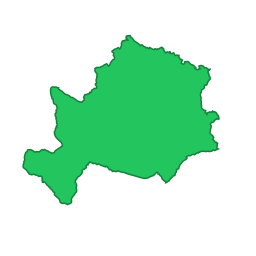 Kengtung, Shan, Myanmar, rotated 15°
{"feature_id": "60261553B37663404803056", "entity_name": "Kengtung", "entity_type": "district", "adm_level": 2, "iso_a3": "MMR", "parent_name": "Myanmar", "parent_adm1": "Shan", "projection": "orthographic", "projection_center": [99.278, 21.371], "detail": "fine", "context": "isolated", "style": "filled", "palette": "green", "viewbox_px": 256, "rotation_deg": 15, "n_neighbors": 0, "source": "geoboundaries", "source_scale": "gbopen_adm2", "svg_char_len": 5739}
<svg xmlns="http://www.w3.org/2000/svg" viewBox="0 0 256 256"><g transform="rotate(15 128 128)"><path d="M37.2,193.4L41.0,194.9L42.6,196.6L43.1,196.7L44.6,198.1L47.2,198.1L48.9,197.0L50.8,197.4L51.9,197.1L54.5,197.8L56.7,196.9L57.6,197.6L58.2,199.3L58.6,199.4L58.4,200.6L59.2,201.8L59.2,202.2L59.6,202.6L60.4,202.5L60.5,201.7L61.8,201.8L64.7,204.2L65.7,204.5L66.8,205.4L67.9,205.3L68.2,206.4L69.0,206.8L69.9,206.9L72.4,209.1L73.4,209.2L73.9,209.5L74.0,211.1L74.4,211.7L79.4,214.2L80.4,215.0L82.0,217.6L84.7,217.8L85.6,217.1L86.4,217.0L89.5,217.6L91.7,215.9L92.6,214.7L92.5,213.4L91.7,211.5L92.1,209.4L93.6,205.9L94.0,204.1L94.8,203.1L94.3,200.5L93.3,199.5L93.3,196.5L92.2,195.3L92.0,194.7L91.1,194.3L90.8,192.3L91.8,189.8L91.9,188.7L93.9,186.6L95.3,183.6L95.4,182.7L94.6,180.7L95.7,179.5L96.4,179.2L96.6,178.5L97.2,178.3L97.9,177.3L98.0,176.8L97.4,175.3L98.0,174.3L98.4,174.0L98.9,174.0L98.8,172.1L100.0,171.6L100.1,170.7L101.3,170.6L103.2,171.5L105.3,170.7L107.6,171.4L108.7,170.3L111.3,171.0L116.1,171.4L116.7,171.1L116.7,170.6L117.1,170.6L119.7,172.0L120.5,173.0L121.1,173.1L121.7,172.7L122.9,173.1L123.6,173.4L124.1,174.0L126.1,173.1L127.4,173.3L128.2,173.1L129.2,172.0L132.1,172.3L133.0,172.0L133.9,172.4L134.7,172.0L135.9,172.0L140.1,172.4L156.0,172.6L157.1,172.4L160.3,171.0L162.2,169.1L164.5,167.6L165.4,166.7L166.9,163.6L167.4,163.3L168.3,163.3L168.8,164.7L169.5,164.4L170.2,164.7L171.2,165.7L172.6,166.1L174.3,168.5L175.2,168.8L175.9,169.4L178.0,170.0L178.5,170.3L178.7,171.1L179.6,170.4L180.1,169.5L181.2,168.6L182.3,165.6L182.8,165.1L183.2,164.1L183.7,163.8L184.0,163.0L183.9,162.6L185.5,161.8L185.6,158.8L186.0,158.0L185.7,155.6L187.5,154.2L187.4,152.7L187.8,150.1L188.8,147.8L189.9,145.6L190.9,144.4L191.7,143.9L192.7,142.4L192.8,141.7L191.8,141.3L192.0,140.3L193.4,139.2L195.2,138.7L197.0,136.8L199.2,136.6L201.0,134.3L202.3,134.0L202.8,132.9L203.6,132.8L203.8,132.3L204.3,131.9L207.3,130.8L209.3,130.7L211.2,129.7L212.6,129.8L215.1,128.5L215.5,127.6L216.2,127.2L217.2,127.4L218.1,127.0L218.6,126.2L219.3,125.9L220.6,124.9L219.6,124.7L218.8,124.0L218.7,123.3L218.9,122.5L218.5,121.0L218.0,120.1L218.5,119.8L218.5,119.6L217.8,119.5L217.1,118.9L216.6,119.3L215.8,119.1L215.2,118.2L214.7,118.1L213.1,117.2L213.0,116.4L213.2,114.8L211.3,113.3L209.0,112.3L208.1,110.8L208.3,108.9L207.9,107.4L208.1,106.6L208.1,105.1L207.9,104.4L206.9,103.6L206.6,102.6L206.9,101.6L209.1,100.0L209.6,98.3L210.0,97.6L210.6,97.3L211.4,96.1L213.3,96.1L213.5,95.8L213.4,94.9L211.9,92.7L210.5,91.7L209.0,90.2L208.2,90.3L207.5,89.8L207.0,90.0L206.6,90.4L206.0,90.4L205.7,89.8L205.3,89.7L204.4,91.2L202.7,91.3L200.8,92.9L200.5,93.5L200.6,94.2L199.6,93.3L198.6,93.2L198.6,91.1L198.1,91.0L197.1,91.2L194.3,90.1L193.4,88.6L193.3,87.4L192.6,85.9L192.4,84.9L192.0,84.4L192.0,83.6L191.2,82.1L190.7,79.6L189.7,78.3L189.2,76.6L189.5,74.2L189.3,72.3L189.4,71.8L191.1,70.2L191.3,69.4L190.9,66.9L192.5,66.3L192.8,65.9L193.2,64.8L193.0,63.5L193.9,60.9L194.7,59.5L194.1,57.7L192.7,56.3L191.8,54.4L191.3,54.3L191.0,53.6L190.6,52.0L191.0,51.5L191.5,51.3L192.1,50.2L192.0,49.9L191.0,50.6L190.5,50.6L189.0,50.1L188.4,49.6L186.3,50.0L185.3,49.5L185.0,48.8L182.3,48.7L180.5,49.8L181.3,51.3L182.3,52.0L181.3,52.3L180.7,53.5L179.7,53.8L179.2,53.5L177.4,53.2L177.8,52.2L175.0,50.5L172.1,50.2L169.6,48.5L168.9,48.4L168.0,48.4L167.1,48.9L165.8,49.2L165.5,49.7L165.8,50.6L165.7,51.4L165.1,51.9L163.7,52.0L162.5,51.4L163.0,48.3L162.0,47.9L161.5,48.2L160.2,47.8L159.2,46.5L158.3,45.8L158.4,44.7L155.7,45.1L155.1,45.7L154.6,45.7L152.8,43.7L152.2,43.6L151.8,44.2L150.2,45.2L149.6,45.0L149.0,43.5L148.5,43.6L148.3,44.4L146.2,44.3L145.2,45.6L144.8,45.6L142.3,43.5L142.0,42.4L141.0,42.4L140.7,41.5L140.3,41.4L139.7,41.3L138.0,42.7L137.6,43.4L137.1,43.8L136.1,43.9L135.5,44.8L134.4,44.4L133.5,44.5L133.1,45.4L131.3,45.5L128.2,44.6L127.8,45.9L125.9,45.4L125.5,45.8L124.8,45.5L124.2,45.9L123.1,45.1L122.1,45.2L120.2,44.0L119.0,44.5L118.7,45.3L116.1,43.8L111.9,42.4L108.8,40.1L107.6,39.8L106.3,38.2L103.5,39.1L102.6,39.9L102.6,40.8L103.0,41.1L103.1,41.9L104.4,42.4L105.1,43.2L102.5,43.7L102.2,44.5L101.7,44.9L101.1,44.8L100.0,45.5L99.7,48.1L100.3,49.3L100.3,50.1L99.9,53.4L99.6,53.7L97.9,52.9L97.5,53.0L96.4,54.4L94.4,55.5L94.0,56.5L93.0,57.2L92.7,58.4L94.9,59.4L95.1,61.9L96.4,62.6L96.9,64.1L96.8,65.4L95.7,65.9L94.2,69.5L94.0,72.3L93.0,73.1L91.3,71.7L90.5,71.6L90.2,72.1L88.9,72.9L87.7,74.6L86.1,75.7L85.5,76.7L82.1,77.6L80.6,79.1L81.1,80.4L81.2,81.3L81.8,82.1L83.3,83.2L84.5,84.4L84.4,85.9L84.9,87.7L84.7,89.9L86.1,93.1L85.2,93.7L85.2,94.5L87.2,96.3L87.3,97.4L86.8,98.0L85.1,98.5L84.3,99.9L83.2,100.7L83.2,103.2L82.8,103.4L81.9,103.3L81.6,103.8L81.8,105.0L80.1,105.6L79.7,106.3L77.7,106.9L77.2,110.1L78.2,111.2L78.4,112.3L76.6,115.1L74.3,115.2L71.8,114.9L70.2,114.1L66.4,112.9L64.9,113.1L62.7,112.0L60.7,111.6L58.7,111.6L56.1,110.5L54.9,109.6L53.8,109.4L51.2,108.5L50.6,108.1L50.6,107.2L49.5,107.3L47.7,107.0L46.3,107.6L44.2,107.9L43.6,108.5L43.2,110.2L43.3,111.2L44.0,113.7L45.6,116.9L46.1,117.4L47.0,119.3L48.1,119.4L49.0,121.9L50.0,123.6L52.6,124.3L53.6,125.6L54.6,127.4L54.4,128.6L53.9,129.4L54.7,131.8L53.9,132.9L54.5,133.8L54.4,134.7L55.3,136.0L56.0,136.3L56.0,137.7L57.0,139.2L57.8,141.9L58.5,142.5L58.8,143.1L58.9,143.8L58.3,144.6L58.4,145.4L59.0,146.0L58.1,146.8L58.3,149.0L57.9,150.8L58.1,151.7L58.7,152.2L58.8,153.3L60.6,155.4L62.8,156.9L67.4,159.3L68.7,161.0L69.2,162.3L63.8,168.6L63.0,170.8L61.4,172.0L57.9,171.5L56.6,170.9L54.6,170.9L53.1,170.3L52.6,170.4L51.8,171.4L50.5,171.1L48.4,174.0L45.6,174.6L44.7,175.2L43.6,175.3L41.6,174.4L39.6,174.1L37.1,174.8L36.6,175.5L36.7,176.3L36.4,177.3L36.0,177.5L35.5,178.4L35.4,182.2L35.6,183.6L36.4,185.1L36.5,186.4L36.1,187.3L36.5,188.9L36.3,190.3L36.6,192.5L37.2,193.4Z" fill="#22c55e" stroke="#15803d" stroke-width="1.5"/></g></svg>